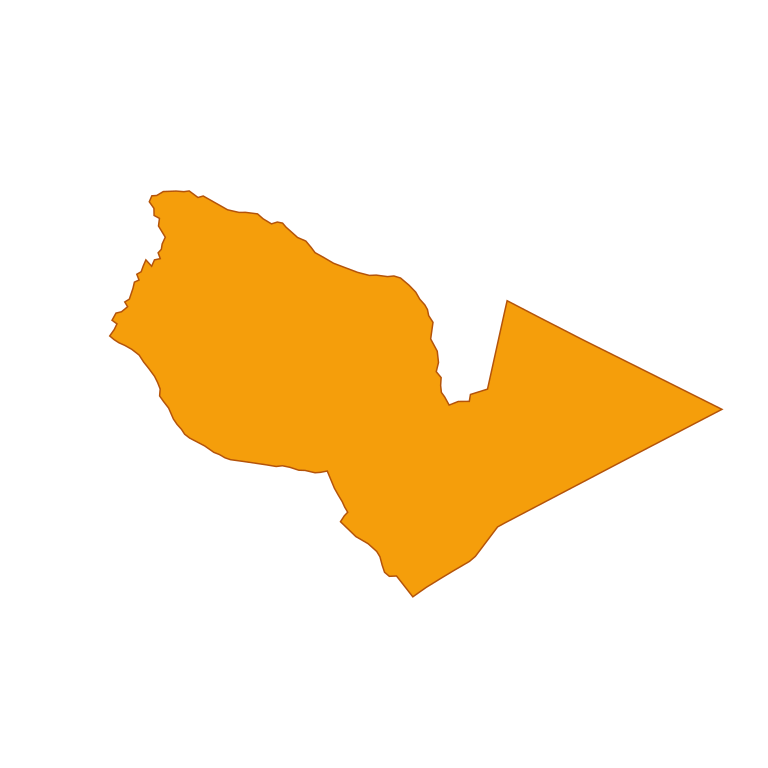 the district of São Francisco do Pará, Pará, Brazil, rotated 303°
{"feature_id": "56859067B25031377074866", "entity_name": "São Francisco do Pará", "entity_type": "district", "adm_level": 2, "iso_a3": "BRA", "parent_name": "Brazil", "parent_adm1": "Pará", "projection": "robinson", "projection_center": [-47.76, -1.208], "detail": "fine", "context": "isolated", "style": "filled", "palette": "amber", "viewbox_px": 768, "rotation_deg": 303, "n_neighbors": 0, "source": "geoboundaries", "source_scale": "gbopen_adm2", "svg_char_len": 1881}
<svg xmlns="http://www.w3.org/2000/svg" viewBox="0 0 768 768"><g transform="rotate(303 384 384)"><path d="M546.8,681.2L537.4,597.5L529.7,529.7L528.6,519.4L524.3,477.0L520.9,441.9L509.0,446.3L436.1,473.6L422.3,462.2L415.9,465.0L409.8,455.8L401.8,450.1L406.2,441.9L408.2,436.7L413.6,432.3L420.5,428.4L422.8,421.1L431.7,418.0L440.5,410.8L447.2,398.6L462.4,391.5L465.7,384.2L470.1,379.9L472.6,375.1L474.6,367.8L478.3,360.6L480.5,351.1L481.9,340.2L480.0,333.5L476.0,328.5L471.1,318.2L467.1,312.6L463.2,300.9L457.8,276.0L457.3,265.1L456.6,254.6L458.8,248.7L461.3,240.6L459.8,231.7L462.2,216.3L463.7,211.3L461.7,206.3L457.0,202.4L456.7,192.6L457.8,185.3L452.6,174.5L448.9,168.9L444.9,157.9L443.2,130.0L439.1,126.4L439.8,115.5L436.3,111.4L432.6,104.6L425.2,94.1L418.3,90.7L415.4,86.8L409.0,87.9L406.0,95.4L400.1,99.4L400.6,105.5L393.7,108.8L388.0,120.6L380.6,121.7L375.7,123.9L371.0,123.1L367.3,128.1L363.1,123.9L356.2,125.0L358.4,116.7L351.9,117.8L345.9,119.2L341.4,116.9L337.8,121.9L333.5,119.2L327.4,121.4L316.5,124.2L311.6,121.9L309.2,126.9L301.6,124.5L297.5,120.6L289.3,121.2L289.0,127.3L282.8,128.1L274.9,127.8L274.2,133.5L274.2,139.2L275.2,145.6L275.7,153.5L274.9,162.9L271.5,170.5L268.8,178.6L265.4,187.5L261.9,193.4L257.9,199.0L251.8,202.3L249.3,208.5L246.5,216.5L239.9,226.5L237.4,232.5L235.7,238.8L233.3,244.2L232.8,250.6L234.4,267.4L234.0,278.5L235.2,284.4L235.5,290.8L236.9,296.4L242.4,308.1L252.2,329.5L256.1,338.5L260.1,343.3L262.9,350.5L265.3,359.5L268.5,364.8L272.0,374.5L275.2,378.7L280.1,383.8L269.5,399.3L265.7,406.6L262.6,413.0L259.4,418.0L256.7,423.4L251.8,422.5L244.8,422.5L240.7,443.5L241.4,457.7L239.6,469.1L236.9,474.7L231.1,481.1L226.4,487.0L225.6,493.2L229.8,499.1L221.2,524.1L228.3,526.9L236.7,530.3L251.7,537.4L265.7,544.2L281.8,552.3L289.2,554.5L326.0,557.1L333.1,560.9L474.8,640.5L546.8,681.2Z" fill="#f59e0b" stroke="#b45309" stroke-width="1.5"/></g></svg>